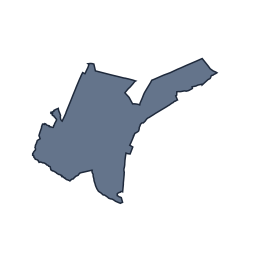 Baldovinesti, Olt, Romania (Mercator projection), rotated 167°
{"feature_id": "2599482B50421105571388", "entity_name": "Baldovinesti", "entity_type": "district", "adm_level": 2, "iso_a3": "ROU", "parent_name": "Romania", "parent_adm1": "Olt", "projection": "mercator", "projection_center": [24.058, 44.394], "detail": "fine", "context": "isolated", "style": "filled", "palette": "slate", "viewbox_px": 256, "rotation_deg": 167, "n_neighbors": 0, "source": "geoboundaries", "source_scale": "gbopen_adm2", "svg_char_len": 5804}
<svg xmlns="http://www.w3.org/2000/svg" viewBox="0 0 256 256"><g transform="rotate(167 128 128)"><path d="M152.5,199.6L152.0,198.9L151.9,198.6L152.2,198.0L152.6,197.3L153.5,195.9L156.0,192.8L156.5,192.1L157.7,190.6L158.3,191.0L159.7,192.2L161.8,189.7L162.4,188.8L164.1,186.6L169.3,179.4L170.3,177.9L174.0,172.7L177.3,167.9L184.5,157.7L185.3,156.3L187.2,153.8L190.6,149.5L191.0,150.0L191.4,150.9L191.6,151.3L191.7,151.6L191.7,151.8L191.6,152.3L191.6,153.2L191.4,153.9L191.4,154.3L191.3,154.5L191.0,155.1L190.9,155.5L191.1,156.9L191.3,158.5L191.6,160.1L191.6,162.1L191.5,162.8L193.9,162.4L195.4,162.0L196.0,161.9L196.3,161.7L196.5,161.4L196.6,160.3L196.9,161.0L198.1,160.7L198.6,160.6L198.8,160.6L199.5,160.7L199.6,160.4L199.6,160.2L199.9,160.0L199.8,159.5L199.5,159.3L199.0,159.3L198.5,159.4L198.3,159.4L198.2,159.3L198.2,159.1L198.5,158.5L198.8,158.2L198.9,157.6L198.6,157.1L198.0,156.8L197.6,156.5L197.6,156.3L197.6,156.2L197.4,155.9L197.3,155.7L197.3,155.3L196.8,154.9L196.7,154.7L196.4,153.6L196.2,153.3L195.8,152.8L195.7,152.7L195.7,152.1L196.0,151.6L197.1,150.3L198.4,148.9L198.7,148.4L199.3,147.4L199.9,147.1L200.0,146.9L200.0,146.5L200.1,146.3L200.3,146.0L200.7,145.4L201.0,145.4L204.5,147.2L204.5,147.3L204.3,147.6L204.2,147.8L206.3,149.0L206.9,149.6L207.1,150.3L208.1,151.0L208.2,150.9L208.6,150.3L209.3,150.6L209.8,151.1L210.4,151.0L211.4,149.5L211.8,148.9L212.0,148.5L212.2,147.7L212.3,147.5L214.1,144.7L215.9,141.7L216.5,140.5L216.5,140.2L216.3,139.8L216.2,139.4L216.2,138.4L216.0,137.3L219.0,136.3L219.3,136.1L220.3,134.3L220.5,134.2L220.6,133.9L220.7,133.6L221.9,132.3L222.1,132.0L222.2,131.8L222.2,131.4L222.6,130.6L223.0,130.1L223.0,129.8L222.8,129.3L222.8,128.6L223.1,127.6L223.4,127.2L224.0,126.9L225.0,126.1L225.4,125.8L225.9,125.0L226.6,124.6L226.7,123.9L227.0,123.3L227.1,122.9L227.0,122.7L226.6,122.6L226.2,122.2L226.1,121.5L226.3,120.9L226.2,120.7L226.1,120.3L225.8,119.8L225.6,119.4L225.4,119.3L225.4,119.1L225.5,118.7L225.4,118.5L225.3,118.4L223.6,117.4L223.4,117.2L223.0,116.7L222.7,116.4L222.7,116.1L222.8,115.7L222.7,115.5L222.5,115.3L222.5,114.9L222.4,114.5L222.2,114.5L220.8,114.5L220.5,114.3L219.6,113.8L219.2,113.4L218.7,113.1L218.4,113.0L217.9,113.1L216.9,112.2L216.3,111.8L216.3,111.5L216.2,111.4L215.9,111.2L215.4,110.2L215.2,110.1L214.7,109.9L214.3,109.6L214.1,109.2L213.9,108.6L213.0,108.2L212.6,107.9L212.5,107.7L212.6,107.0L212.5,106.7L212.6,106.3L212.6,106.1L212.5,105.5L212.6,104.8L212.6,104.6L212.4,104.5L212.1,104.3L211.9,103.9L211.4,103.3L211.0,103.3L210.8,103.0L210.4,102.9L209.9,102.5L209.2,101.8L208.9,101.6L208.7,101.3L208.6,101.2L208.4,101.0L208.2,100.9L208.1,100.7L207.9,100.6L207.8,100.3L207.6,100.1L207.6,99.9L206.6,99.0L206.2,98.5L205.5,98.1L205.0,98.1L204.0,97.1L203.8,96.6L203.7,96.5L203.3,96.7L203.1,96.5L203.1,96.3L203.4,96.0L203.5,95.8L203.5,95.6L203.3,95.3L202.8,95.2L202.7,95.3L202.0,94.8L201.9,94.4L201.1,93.4L200.8,93.5L200.7,93.5L200.6,93.4L200.4,92.6L200.2,92.4L199.4,91.5L198.5,91.1L198.3,91.0L198.0,90.6L197.4,90.3L197.0,90.0L196.6,89.5L196.4,89.5L196.0,89.7L195.3,90.3L194.8,90.5L194.6,90.5L194.3,90.7L193.8,90.8L192.9,90.7L192.5,90.9L192.2,91.2L192.0,91.4L191.5,91.6L191.3,91.8L190.8,92.0L190.0,92.6L189.7,92.7L187.2,93.2L185.9,94.4L185.4,94.5L184.9,95.0L173.3,95.0L172.6,95.0L172.4,94.9L172.7,94.4L172.9,93.6L172.9,93.0L172.9,92.5L172.5,91.0L172.4,90.5L172.7,89.5L172.8,88.4L172.7,86.0L172.9,84.6L172.9,83.9L172.8,82.4L172.7,82.0L172.6,79.9L172.6,79.2L172.0,75.8L171.0,73.0L170.2,72.1L169.2,71.1L168.6,70.3L167.9,69.3L167.5,68.6L167.1,68.3L166.0,68.0L165.7,67.7L163.3,65.1L162.8,64.2L162.5,63.9L161.0,62.9L159.7,62.4L159.0,61.9L158.6,61.6L156.6,59.4L153.2,56.9L152.5,56.6L152.4,56.4L150.0,56.8L150.2,61.6L150.7,62.1L151.1,62.4L151.6,62.6L152.1,62.9L153.3,64.3L153.7,64.5L153.5,65.1L153.4,66.0L153.3,66.3L151.9,67.0L151.2,67.1L149.8,67.2L149.6,67.4L149.3,67.7L148.9,67.7L148.4,67.5L147.6,67.0L145.1,74.5L145.0,75.2L142.3,83.3L142.0,84.5L141.6,85.7L141.6,86.1L141.6,87.1L141.3,88.7L141.2,89.1L140.7,89.9L140.2,91.0L139.5,92.8L139.2,94.0L138.2,97.3L136.7,101.3L135.6,104.0L134.5,103.3L133.9,103.0L131.8,102.2L127.6,108.4L129.7,110.4L130.2,110.8L128.3,113.2L126.1,116.2L124.8,118.1L124.1,119.0L124.3,119.2L123.3,120.1L122.8,121.0L122.6,121.2L121.8,121.4L121.5,121.5L120.6,121.7L119.4,122.2L118.4,122.7L118.1,123.1L117.9,123.5L117.6,124.1L117.3,124.6L117.0,125.7L116.8,126.1L115.6,127.7L115.4,128.1L115.2,128.6L115.0,128.8L114.3,129.2L113.6,129.6L113.2,129.8L112.8,129.8L112.0,129.5L111.8,129.6L109.5,131.0L108.7,131.8L107.4,132.8L106.3,133.3L105.2,133.5L102.1,134.6L100.3,135.2L98.2,136.0L85.2,140.2L84.0,140.7L83.1,140.9L79.5,142.4L78.7,142.5L78.1,142.8L76.9,143.5L76.6,143.6L76.1,143.5L75.6,143.6L73.8,144.2L73.5,144.2L74.0,147.0L74.3,148.6L73.3,148.9L73.1,149.2L72.5,151.6L72.3,152.3L70.9,152.2L69.1,151.7L68.4,151.6L65.2,151.5L64.4,151.4L63.0,150.8L62.1,150.8L61.0,150.8L59.9,151.0L56.4,152.0L56.3,153.7L52.2,153.6L51.7,153.8L50.0,154.1L49.0,154.1L46.2,154.0L46.2,153.2L39.1,157.2L37.3,157.6L36.8,157.9L36.4,158.3L36.0,158.8L35.4,159.9L35.0,160.2L34.7,160.4L33.6,160.3L33.3,160.4L32.2,160.9L30.3,161.3L28.9,161.8L29.8,162.7L32.2,164.5L34.6,167.2L35.8,170.1L40.1,179.0L46.8,177.7L56.9,175.9L62.9,174.7L66.5,174.1L74.4,172.4L81.4,171.5L92.0,169.5L94.1,169.2L95.8,167.2L102.2,160.6L103.9,158.8L104.7,157.8L105.3,157.0L107.4,153.9L110.5,149.7L110.9,149.0L111.4,147.9L112.7,148.7L114.5,149.5L116.3,150.1L118.1,150.5L118.1,150.8L118.3,151.2L118.6,152.3L119.1,154.1L119.5,155.6L120.1,157.7L121.0,159.3L122.1,161.2L123.1,163.0L122.5,163.5L118.8,166.3L116.8,167.4L112.8,170.3L111.8,171.2L110.7,171.9L110.0,172.1L112.5,173.6L116.7,175.8L120.0,177.4L120.4,177.4L121.1,177.8L125.8,180.2L132.6,183.6L146.9,191.0L146.9,198.0L147.9,198.5L148.6,198.9L150.4,199.4L151.7,199.5L152.5,199.6Z" fill="#64748b" stroke="#1e293b" stroke-width="1.5"/></g></svg>